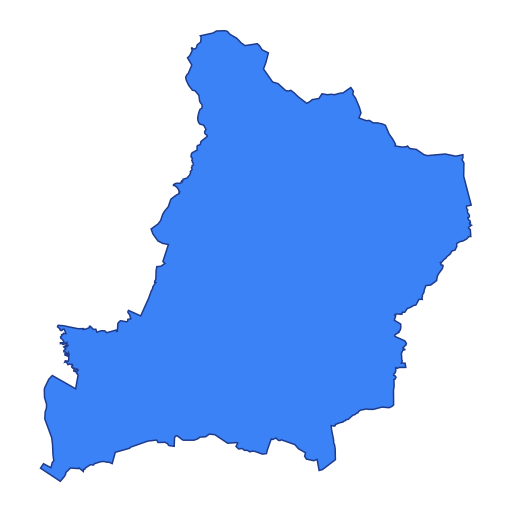 the district of Bixad, Satu Mare, Romania
{"feature_id": "2599482B22891655210740", "entity_name": "Bixad", "entity_type": "district", "adm_level": 2, "iso_a3": "ROU", "parent_name": "Romania", "parent_adm1": "Satu Mare", "projection": "mercator", "projection_center": [23.389, 47.949], "detail": "fine", "context": "isolated", "style": "filled", "palette": "blue", "viewbox_px": 512, "rotation_deg": 0, "n_neighbors": 0, "source": "geoboundaries", "source_scale": "gbopen_adm2", "svg_char_len": 5956}
<svg xmlns="http://www.w3.org/2000/svg" viewBox="0 0 512 512"><path d="M462.9,154.7L455.8,156.2L445.3,154.0L427.4,155.6L424.0,154.7L416.3,149.4L409.7,148.5L407.5,146.0L406.1,146.7L402.3,147.1L395.0,145.9L395.5,144.3L392.9,139.4L389.1,134.0L385.4,125.3L382.2,123.9L377.5,122.9L373.2,122.9L369.4,120.4L366.4,120.7L358.9,118.0L361.0,112.9L359.3,107.1L355.4,97.9L352.7,94.2L353.4,91.3L350.8,87.5L342.9,93.0L340.3,93.1L334.5,94.7L331.3,94.3L327.4,94.7L322.0,93.8L318.9,98.5L312.2,99.6L309.7,101.7L306.7,103.3L298.2,96.8L294.1,92.8L290.8,90.3L288.5,91.0L285.9,90.7L278.0,83.6L272.6,82.0L263.5,69.0L265.9,62.5L268.4,52.9L262.1,49.8L259.6,45.9L257.3,43.7L245.0,45.6L241.3,43.0L236.7,38.2L229.9,34.3L227.4,31.4L225.0,30.7L216.4,31.0L213.1,33.0L200.3,35.8L201.1,37.0L200.7,42.0L197.1,45.0L196.4,47.7L195.3,48.7L193.8,49.1L191.9,47.8L191.5,48.2L192.2,50.6L189.8,55.6L187.5,57.8L191.8,65.1L188.2,73.6L187.3,74.2L185.8,76.8L185.7,77.8L186.2,80.0L188.6,85.2L192.4,90.2L195.0,90.7L198.9,95.4L199.6,100.9L200.3,102.6L201.9,104.5L202.2,106.0L201.9,108.1L199.9,109.5L198.6,113.3L197.7,117.8L197.9,120.3L198.5,122.2L199.7,124.0L203.7,125.2L206.0,129.5L204.6,131.6L204.7,132.9L205.4,134.2L207.1,135.3L207.3,136.4L200.9,141.5L200.3,144.5L197.4,145.6L197.0,146.9L197.2,150.0L192.2,152.7L191.3,154.2L191.0,156.8L192.4,158.4L191.8,160.5L192.5,161.3L192.4,162.1L193.4,163.9L193.4,164.8L192.0,165.8L192.1,166.8L191.5,167.5L192.1,169.6L190.3,171.5L190.6,172.6L189.6,175.1L186.8,178.2L183.1,179.2L182.3,181.8L181.5,181.1L180.9,183.0L180.4,183.3L177.2,183.2L175.2,183.6L173.5,184.7L173.5,185.5L174.6,185.5L177.0,187.4L178.7,189.9L179.0,191.4L179.8,191.9L178.9,192.9L179.2,193.6L176.4,195.0L171.3,198.8L170.5,200.1L168.3,206.7L164.4,211.4L162.6,214.6L160.6,220.6L158.0,224.0L151.1,229.0L153.0,234.1L158.0,241.0L162.7,243.4L168.4,244.5L162.9,261.5L165.0,263.4L160.8,266.3L156.8,266.6L156.1,270.7L155.9,278.3L155.5,280.2L154.8,281.0L154.6,282.5L155.7,282.6L152.8,286.9L152.6,288.6L151.2,291.1L148.7,298.1L140.7,315.9L128.5,310.4L127.9,311.7L128.0,312.6L129.7,314.9L130.8,318.8L127.8,319.4L127.8,321.0L126.8,321.8L120.5,320.7L118.9,322.0L117.9,323.4L117.3,331.3L116.9,331.4L116.7,330.4L116.2,330.6L116.0,330.1L106.7,332.7L104.8,330.8L101.2,330.7L96.9,332.2L95.8,329.2L93.4,329.4L90.2,326.2L89.4,326.3L89.4,327.6L85.5,329.2L83.2,329.4L83.5,328.6L78.1,328.7L63.2,325.7L58.2,325.3L57.6,326.2L57.5,326.8L59.9,328.8L59.9,329.7L61.1,330.6L62.0,330.4L62.6,329.4L64.1,329.2L66.1,333.7L66.2,334.2L65.8,333.7L63.5,333.3L63.1,334.2L61.6,334.7L61.9,335.8L60.5,337.0L61.0,338.6L62.2,339.2L64.1,342.0L63.3,342.6L60.4,342.8L60.4,343.6L61.7,343.2L62.5,344.3L63.8,344.3L67.0,342.4L67.0,343.2L66.1,343.8L66.1,344.6L66.4,345.2L68.0,345.2L67.4,346.5L65.8,346.7L65.3,345.8L63.7,346.9L65.9,348.9L63.8,350.6L63.9,351.8L65.5,352.0L66.2,352.9L65.0,353.5L64.9,355.0L67.6,356.1L67.9,355.2L66.8,354.3L68.0,353.5L68.4,352.5L69.1,354.7L68.6,356.4L68.8,358.7L68.2,361.3L65.3,360.8L64.8,362.0L65.4,361.7L67.0,363.0L68.0,364.7L69.5,364.0L70.8,364.5L72.0,364.2L72.7,365.5L71.7,366.2L71.9,367.3L72.9,368.2L73.9,367.9L74.3,368.7L73.9,369.1L74.2,370.0L73.7,370.7L74.0,371.3L75.3,371.5L76.2,370.0L75.9,369.2L76.3,368.7L77.8,369.5L78.0,370.2L76.3,372.8L78.1,375.0L75.6,388.8L52.3,375.5L48.8,379.2L44.7,387.7L44.3,389.6L44.5,397.3L46.6,404.5L46.4,408.1L45.2,411.8L44.8,418.9L51.7,437.7L52.5,444.3L53.0,455.0L53.8,460.7L52.2,462.6L50.9,467.7L43.5,463.7L40.5,468.2L60.3,481.3L64.3,476.6L65.7,474.0L65.7,472.7L70.5,468.0L78.4,468.6L79.0,467.9L83.3,471.5L83.6,469.3L84.7,469.2L85.8,467.7L90.5,464.7L93.6,465.0L94.4,463.7L100.7,461.7L104.2,461.5L107.3,462.3L108.5,462.0L112.2,463.6L115.3,452.3L129.4,448.3L131.0,447.0L147.8,441.1L156.1,440.1L156.7,440.2L158.1,442.5L165.0,442.3L167.6,443.6L168.3,445.0L169.1,445.6L174.2,446.3L174.5,438.4L175.1,436.4L177.1,435.7L182.4,439.8L183.6,440.2L194.0,440.2L198.0,438.7L199.9,437.1L205.6,436.8L209.3,434.1L214.9,434.7L227.6,443.2L237.1,442.6L237.8,443.0L236.0,446.4L238.7,449.0L242.3,448.5L244.3,450.3L247.5,450.4L249.7,451.8L253.0,451.1L254.6,451.3L262.4,454.1L266.4,453.6L267.6,449.2L271.3,438.9L272.8,439.5L275.9,438.0L278.2,440.2L279.8,440.6L281.3,439.8L294.9,444.6L298.4,448.7L305.5,452.8L304.6,456.2L306.4,459.1L313.8,460.7L317.1,459.4L319.1,470.5L322.4,469.6L335.4,459.7L335.2,449.2L334.6,445.0L333.7,443.0L333.6,440.0L331.5,429.3L331.2,425.6L334.6,426.1L335.3,425.5L335.4,424.5L340.2,422.6L342.7,422.2L343.9,421.1L345.7,420.5L346.0,419.6L348.2,419.4L352.8,415.2L354.8,414.7L356.7,413.1L357.7,413.0L358.6,411.5L360.4,410.2L366.7,408.9L367.9,409.3L373.2,409.4L382.0,407.1L389.0,407.7L391.8,406.5L393.6,405.0L393.5,390.2L394.1,386.2L393.9,379.5L394.8,379.4L396.0,377.3L395.3,376.0L393.6,375.3L394.1,373.5L394.9,373.2L395.7,371.3L395.7,367.7L397.3,368.3L398.9,367.5L405.8,367.4L405.1,363.2L401.3,363.1L402.1,361.6L402.2,360.5L401.8,360.0L401.4,353.3L402.9,350.2L404.9,349.7L404.8,349.3L403.2,348.6L402.9,347.9L406.0,344.9L406.4,343.4L404.8,340.8L394.9,336.4L394.7,335.3L395.5,334.4L398.1,332.9L398.3,332.2L399.0,332.3L399.1,331.2L400.2,330.2L400.8,327.9L400.7,324.1L394.3,320.2L395.7,315.9L395.6,315.2L394.8,315.1L395.1,314.4L396.8,313.9L401.8,314.3L402.4,312.3L404.8,312.2L407.3,308.5L410.6,307.3L413.3,305.6L415.9,305.0L419.0,299.3L422.3,299.4L422.0,297.9L422.4,296.3L422.4,294.9L423.8,292.7L424.3,289.8L425.9,285.6L430.8,285.0L436.6,280.6L437.3,276.3L438.7,273.6L442.3,268.7L443.1,265.9L442.7,265.1L441.4,265.2L440.9,264.6L441.0,263.4L440.4,262.7L441.6,262.2L444.3,259.2L445.9,258.2L446.9,256.6L450.3,253.9L451.9,251.0L455.0,250.1L456.8,246.4L456.6,244.1L457.0,243.3L460.0,241.6L463.0,241.0L466.6,239.0L468.9,236.5L470.8,236.5L470.3,229.6L468.4,228.0L468.8,227.1L471.5,225.2L469.9,224.4L469.6,223.1L470.5,222.9L469.9,220.6L469.0,220.2L467.9,218.3L467.8,217.7L469.3,217.0L469.4,215.6L468.7,214.0L467.7,213.2L467.4,210.9L467.7,210.0L466.5,208.3L466.5,206.2L471.2,205.1L463.7,176.3L463.9,163.0L462.0,159.6L462.9,158.0L462.9,154.7Z" fill="#3b82f6" stroke="#1e3a8a" stroke-width="1.5"/></svg>